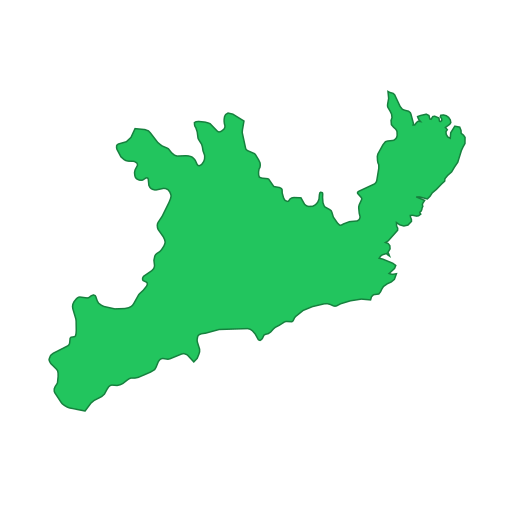 P'yŏngan-namdo, Albers equal-area conic projection, rotated 193°
{"feature_id": "PRK-3313", "entity_name": "P'yŏngan-namdo", "entity_type": "Province", "adm_level": 1, "iso_a3": "PRK", "parent_name": "North Korea", "parent_adm1": "", "projection": "albers", "projection_center": [126.179, 39.498], "detail": "fine", "context": "isolated", "style": "filled", "palette": "green", "viewbox_px": 512, "rotation_deg": 193, "n_neighbors": 0, "source": "natural_earth", "source_scale": "10m", "svg_char_len": 6118}
<svg xmlns="http://www.w3.org/2000/svg" viewBox="0 0 512 512"><g transform="rotate(193 256 256)"><path d="M164.4,446.0L162.6,445.5L159.0,445.3L157.2,444.3L149.2,434.1L146.4,431.9L144.1,431.5L139.9,431.4L137.8,430.3L136.8,428.8L132.3,420.3L132.4,419.0L130.8,419.4L129.6,422.2L128.3,423.8L125.9,424.0L127.5,425.1L128.8,426.5L129.9,428.2L127.3,429.9L122.0,432.5L119.1,431.8L117.4,428.6L116.2,428.6L115.1,431.6L113.4,432.4L108.8,431.6L108.0,429.6L107.4,428.5L106.4,428.5L105.5,429.8L105.8,431.3L107.7,433.2L107.6,434.7L105.1,435.6L102.2,435.5L99.5,434.4L97.3,432.3L96.2,429.8L96.9,427.9L100.4,423.8L98.0,422.1L98.9,419.9L98.0,417.3L95.9,415.1L93.2,414.4L94.0,419.9L91.5,427.2L86.5,427.4L84.5,424.5L83.7,421.7L81.0,420.4L79.0,418.6L77.7,412.6L78.8,408.8L79.6,405.0L80.5,392.7L82.6,387.3L84.3,382.0L87.4,377.6L89.3,373.8L89.0,371.4L91.4,367.9L95.2,361.5L98.5,357.1L99.9,353.3L101.9,350.1L109.8,350.4L113.2,349.6L104.2,348.1L105.4,344.7L105.4,343.2L104.6,341.9L105.0,340.4L104.9,338.5L105.2,336.9L106.0,335.9L106.2,335.0L104.9,333.9L106.6,331.8L108.4,331.0L112.8,330.9L114.8,330.2L114.2,328.6L112.8,326.6L112.3,324.7L114.9,320.3L118.7,318.5L122.9,318.7L126.7,320.2L125.7,316.7L124.2,315.0L123.8,312.9L130.6,300.5L132.9,298.3L130.1,297.9L127.9,296.1L127.0,293.1L128.3,289.1L127.5,288.4L125.9,286.0L128.4,287.0L129.4,287.8L133.1,285.6L134.6,283.9L135.5,281.5L131.9,281.5L121.1,279.7L117.7,278.2L118.2,275.0L122.4,268.9L120.5,268.7L118.6,268.9L115.2,270.3L115.9,264.4L118.4,261.1L121.8,258.5L124.9,255.0L125.9,252.3L126.6,249.2L127.8,246.6L132.8,244.7L134.3,242.3L134.5,239.0L143.7,237.7L153.9,233.6L162.8,228.5L166.3,225.5L167.7,224.9L169.1,224.8L172.7,225.5L175.8,225.6L178.9,224.7L189.6,219.4L197.8,213.6L203.7,206.1L204.5,204.6L205.3,201.2L206.3,200.0L211.9,199.0L213.4,198.2L217.8,193.7L221.2,190.8L222.6,188.9L224.6,185.3L226.6,183.1L229.0,181.9L230.4,180.8L231.2,177.3L231.8,176.0L233.0,174.7L234.0,174.7L235.0,175.1L239.2,179.8L242.6,182.3L245.1,183.3L247.8,183.4L275.4,176.1L287.7,169.5L291.6,168.0L293.4,166.8L294.4,165.6L294.7,164.3L294.6,161.5L294.3,160.2L293.7,158.8L290.0,152.5L289.4,149.9L289.6,147.2L290.3,143.0L292.8,138.8L300.4,144.0L301.6,144.4L304.3,144.7L306.4,143.8L316.7,136.5L318.6,135.6L323.8,135.2L325.1,134.6L326.4,133.4L327.4,131.1L328.4,125.0L329.2,122.5L332.6,119.2L343.5,111.2L346.6,109.8L350.5,108.9L351.8,108.0L353.2,106.6L357.1,101.8L359.4,100.0L362.2,98.6L367.5,97.8L368.9,97.0L370.1,95.5L371.2,92.5L372.6,87.4L374.7,84.4L381.2,78.9L383.7,75.6L387.7,66.5L403.6,66.0L405.9,66.3L409.1,67.3L411.5,68.4L412.9,69.5L421.3,77.5L422.2,78.9L422.7,81.2L422.3,83.6L421.4,86.0L420.9,87.7L421.7,94.1L422.5,97.4L423.5,99.6L425.2,101.0L431.7,105.0L433.3,106.7L434.3,108.3L434.3,109.7L433.9,112.3L433.4,113.5L431.6,115.7L419.1,126.2L418.4,127.2L418.0,128.5L418.1,130.2L418.6,134.0L418.0,135.2L414.6,136.6L413.9,137.6L413.9,140.1L414.4,143.1L416.6,152.0L417.3,154.0L422.6,163.4L423.4,165.5L423.6,167.8L423.0,170.6L421.4,173.9L420.6,175.0L419.6,175.9L418.5,176.4L411.5,177.1L410.2,177.4L409.2,178.2L407.7,180.1L405.6,181.5L403.8,181.2L403.0,180.4L400.7,176.7L398.8,174.6L395.5,173.2L392.8,172.6L381.7,172.7L372.0,175.3L368.5,176.9L366.3,178.7L365.2,180.2L364.4,182.2L361.6,191.8L361.0,193.0L358.1,197.3L355.8,202.1L355.5,203.9L356.0,205.3L357.0,205.9L360.5,206.7L361.1,207.3L361.5,208.8L361.3,210.0L360.9,211.0L354.2,218.3L352.9,220.6L352.6,222.3L352.7,223.8L354.5,228.9L354.6,233.1L354.1,234.8L353.1,236.2L350.7,238.7L349.5,240.8L348.0,244.9L347.6,247.3L347.6,249.1L348.8,251.5L350.6,253.8L357.3,259.8L358.3,261.3L359.1,263.7L359.2,265.4L358.9,266.8L356.3,273.8L352.8,288.7L352.2,292.5L352.2,295.2L352.7,296.5L354.3,298.9L356.6,300.8L359.2,301.4L361.3,301.1L368.2,297.9L369.5,297.6L372.0,297.7L373.4,298.1L374.7,298.9L376.3,300.8L378.3,306.7L379.1,307.6L380.1,307.6L381.1,307.0L383.0,305.0L384.1,304.2L386.7,303.7L389.3,304.2L390.4,304.8L391.5,305.9L392.3,307.5L393.1,309.8L393.2,311.5L393.1,313.1L391.9,317.5L392.2,318.8L393.0,319.8L395.5,320.7L396.8,320.7L401.8,319.7L404.3,319.7L406.1,320.2L409.9,322.2L415.5,328.7L416.2,330.1L416.6,332.1L416.2,333.2L415.2,334.2L408.0,338.2L404.5,343.4L402.5,352.9L392.7,354.2L388.9,353.7L386.5,352.1L377.4,344.6L374.7,343.2L372.2,342.1L366.6,341.1L365.4,340.7L361.5,337.6L358.1,335.9L355.4,335.6L347.0,337.9L344.4,338.3L341.6,338.2L340.2,337.9L337.7,336.4L336.6,335.4L333.9,331.9L332.7,331.1L331.3,331.3L329.6,332.9L328.4,335.7L328.0,337.6L328.0,339.3L328.5,341.9L329.0,343.0L331.3,346.6L332.8,350.3L334.1,352.6L338.2,356.7L339.0,357.8L341.2,363.7L343.4,367.3L344.8,368.8L345.4,370.0L346.0,372.1L344.7,373.3L342.2,374.2L335.8,375.0L332.7,374.9L330.5,374.6L321.7,368.9L320.5,368.5L319.2,368.8L317.8,369.8L315.7,372.5L315.3,374.3L315.5,375.8L316.6,377.9L317.4,380.2L317.8,382.1L318.0,384.5L317.7,386.1L317.3,387.1L315.4,389.0L310.5,389.0L298.1,384.8L297.6,375.9L297.2,373.2L290.5,358.9L289.7,357.6L288.0,356.8L280.5,355.4L279.4,354.7L275.0,350.2L273.0,347.6L272.3,345.5L272.1,343.4L272.6,341.2L272.4,338.4L271.6,335.4L270.4,333.5L267.7,333.2L262.4,333.9L261.0,333.8L254.3,327.7L248.4,328.0L246.3,327.4L245.5,326.5L244.6,323.2L242.2,318.8L240.4,316.8L238.0,316.2L236.7,316.7L235.6,319.3L234.1,320.7L232.2,321.5L225.3,322.8L220.3,317.3L218.9,316.6L217.7,316.2L216.0,316.1L211.9,317.2L210.0,318.9L208.9,320.4L207.9,322.5L207.4,325.6L208.0,330.0L208.0,331.9L207.3,332.7L205.7,332.6L205.3,332.3L204.9,331.2L204.3,328.0L202.8,323.1L201.1,320.4L199.9,319.3L194.6,317.8L192.9,317.0L191.8,315.5L189.4,311.3L184.0,306.4L181.3,304.8L179.8,305.3L177.9,307.0L172.6,310.5L165.3,312.9L163.8,314.5L163.5,315.2L163.3,317.4L165.0,320.8L166.7,325.8L167.0,327.3L166.9,329.4L165.8,334.7L165.8,335.6L166.4,336.5L171.0,339.8L171.3,340.3L171.3,341.1L170.4,342.2L156.6,353.0L155.6,354.7L155.3,356.6L156.1,369.1L156.9,372.5L158.2,374.3L159.1,376.4L160.2,380.3L160.2,382.8L157.3,393.0L155.6,396.5L153.7,397.6L148.3,399.5L147.3,400.2L146.0,402.1L145.6,403.6L145.6,405.3L146.6,409.0L147.5,410.2L148.7,411.2L150.9,412.4L153.6,414.4L154.9,418.5L154.6,421.4L155.8,424.7L157.8,427.2L161.0,430.6L161.6,431.8L161.9,433.5L162.2,439.4L164.4,446.0Z" fill="#22c55e" stroke="#15803d" stroke-width="1.5"/></g></svg>